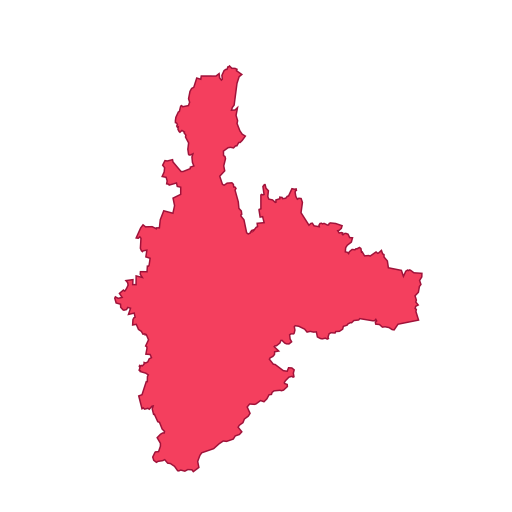 Boyle Lea-6, Roscommon, Ireland, rotated 74°
{"feature_id": "5873133B69148251137192", "entity_name": "Boyle Lea-6", "entity_type": "district", "adm_level": 2, "iso_a3": "IRL", "parent_name": "Ireland", "parent_adm1": "Roscommon", "projection": "orthographic", "projection_center": [-8.266, 53.929], "detail": "fine", "context": "isolated", "style": "filled", "palette": "rose", "viewbox_px": 512, "rotation_deg": 74, "n_neighbors": 0, "source": "geoboundaries", "source_scale": "gbopen_adm2", "svg_char_len": 6137}
<svg xmlns="http://www.w3.org/2000/svg" viewBox="0 0 512 512"><g transform="rotate(74 256 256)"><path d="M311.3,114.1L311.9,116.2L316.2,119.9L309.9,120.2L303.8,132.0L297.0,131.1L292.3,133.2L289.9,132.6L288.8,133.7L285.2,133.9L286.9,137.3L287.0,138.3L285.2,139.5L287.5,146.2L286.6,147.6L285.8,151.6L281.3,152.8L281.4,153.5L277.7,153.1L276.3,154.2L276.9,156.9L276.6,158.0L277.3,159.2L276.2,161.8L277.7,165.2L279.2,166.3L277.8,167.0L276.6,169.0L272.7,167.5L270.8,165.3L268.9,160.5L265.1,158.2L264.1,160.9L260.4,161.5L259.0,163.4L258.8,164.8L259.6,166.6L258.7,167.1L257.7,166.4L257.0,167.4L256.8,169.7L254.2,170.5L254.2,169.0L253.0,166.4L250.6,164.9L246.7,170.5L244.7,175.4L244.9,176.7L246.1,177.6L246.0,178.7L243.4,181.6L243.5,183.2L242.5,184.1L242.4,185.5L243.8,187.0L245.3,187.1L243.0,191.9L240.0,192.8L239.8,194.2L241.0,196.6L226.8,200.8L217.3,196.6L213.2,196.8L212.3,198.9L212.8,200.6L209.6,201.3L205.4,200.8L204.1,200.0L204.1,199.1L202.6,198.9L202.4,200.6L201.2,202.9L207.3,208.2L207.2,209.4L208.7,211.6L208.2,214.6L206.9,214.8L206.0,216.9L207.5,217.3L207.6,221.4L209.8,222.0L209.8,222.7L206.6,224.7L204.9,228.0L202.1,228.3L196.7,226.1L193.6,227.7L189.9,227.6L189.7,228.3L191.1,230.2L199.1,231.3L199.1,232.7L198.3,233.6L198.7,234.5L212.0,238.3L212.1,240.2L212.5,240.4L219.7,241.3L220.0,238.8L226.2,239.0L224.9,245.9L228.2,246.4L228.5,248.0L230.9,251.2L230.2,251.2L230.3,253.3L231.6,253.3L231.3,254.6L232.3,255.2L232.7,257.4L231.1,258.6L217.9,257.6L213.6,259.4L212.3,259.1L212.0,258.2L208.7,257.7L205.5,259.3L199.1,258.1L186.9,258.0L185.5,256.6L183.8,257.3L183.5,258.4L180.9,258.0L179.0,259.0L178.0,263.7L179.2,267.2L177.8,268.5L169.3,268.9L165.5,262.6L160.5,262.2L154.1,258.5L151.8,258.4L150.5,259.5L146.2,258.4L144.2,253.0L144.5,250.5L145.9,247.8L144.5,245.4L144.8,244.0L142.5,241.7L142.1,241.1L142.5,240.0L141.1,237.4L137.8,233.2L135.1,235.7L131.2,237.0L123.4,237.7L120.9,236.4L115.3,236.4L108.3,232.9L109.9,236.0L109.1,239.4L106.7,237.8L104.9,235.4L84.8,226.7L79.0,222.8L77.6,219.6L72.5,223.7L71.3,222.8L69.9,224.4L68.9,227.5L66.0,229.1L66.7,230.2L66.4,230.8L68.6,232.5L68.3,233.7L69.0,235.6L73.0,239.0L76.7,239.6L77.4,240.8L74.7,241.9L70.5,241.2L72.0,244.9L67.9,259.0L70.9,260.4L68.6,263.9L76.7,269.3L77.2,271.7L79.6,274.1L86.3,277.5L89.9,277.4L92.8,279.5L92.3,285.3L90.9,286.1L91.2,287.1L95.9,289.8L96.2,291.0L100.6,294.8L103.7,296.2L105.6,296.7L106.2,295.7L108.1,295.3L109.2,296.4L110.5,296.1L110.4,295.1L112.7,296.1L115.2,295.6L116.1,295.0L114.9,292.6L117.1,290.6L117.8,291.2L120.5,290.1L122.2,291.0L128.7,289.6L134.6,292.1L139.6,292.8L140.5,292.4L140.8,291.3L140.4,288.5L143.2,290.3L148.5,291.3L152.3,290.9L152.5,294.6L153.9,295.1L154.7,302.9L154.1,304.8L142.7,309.9L140.4,309.7L140.2,315.2L139.2,317.2L143.0,320.7L145.9,319.5L149.9,321.1L153.7,324.3L155.6,320.7L159.3,320.7L162.0,322.0L163.0,320.1L163.9,319.9L163.9,312.3L167.4,312.5L169.1,309.4L176.0,311.4L177.5,319.8L185.2,320.4L192.0,324.1L187.1,332.2L194.7,338.0L202.3,341.1L201.5,344.0L202.3,344.4L199.2,347.7L197.5,354.2L194.9,356.0L197.2,359.1L205.6,366.2L206.5,364.3L205.5,362.4L207.3,361.7L216.7,365.0L219.4,364.7L220.5,363.9L219.9,363.1L220.3,359.3L226.5,362.1L229.0,358.4L235.2,361.2L236.2,362.2L235.8,363.2L241.1,365.1L239.2,371.4L241.7,372.3L245.3,371.2L242.1,376.7L250.5,379.2L249.5,382.4L244.8,380.8L243.8,387.8L246.3,386.7L248.8,387.0L251.1,389.0L253.3,391.3L253.5,392.0L252.2,392.8L254.3,397.6L258.9,396.1L258.7,400.2L256.5,402.4L257.6,403.4L262.6,403.4L265.0,399.5L268.0,400.2L271.1,398.7L271.7,397.9L271.8,395.3L270.1,393.4L271.6,391.0L277.0,394.7L277.3,388.8L281.5,389.1L281.8,390.5L283.2,391.8L288.3,393.6L288.7,389.9L294.2,389.2L296.8,387.0L300.0,386.2L300.2,384.3L301.3,384.3L301.3,383.1L306.9,382.4L312.1,386.9L313.1,386.0L314.6,386.2L320.0,388.9L321.5,384.9L324.9,384.5L325.4,387.0L328.0,389.2L328.4,391.6L327.5,392.9L329.1,393.4L330.3,395.6L329.6,396.4L330.2,397.5L329.2,397.9L329.8,398.6L331.4,398.3L333.5,399.8L334.4,398.7L335.1,399.2L338.2,394.3L340.6,392.3L342.0,393.6L346.8,395.1L346.5,396.1L357.9,403.8L358.2,407.3L371.4,407.7L370.9,406.3L372.5,405.3L372.6,401.9L373.9,400.8L371.7,397.4L371.8,396.2L374.4,397.9L380.0,398.1L380.1,397.3L388.2,396.1L389.3,394.6L396.5,393.9L399.4,392.3L400.8,393.0L400.4,394.5L401.0,396.9L403.4,401.1L409.7,399.5L412.5,400.3L417.2,403.6L416.6,406.7L417.0,407.3L420.8,410.7L424.2,410.6L426.9,408.6L426.4,406.8L427.0,402.0L426.6,399.9L430.8,398.0L431.9,395.5L435.7,392.3L440.8,390.5L441.3,389.4L441.0,387.4L443.2,383.7L442.5,380.4L443.8,376.6L446.0,375.7L443.5,369.2L437.4,368.7L432.2,364.9L430.2,362.4L429.5,349.8L426.3,343.2L424.8,338.5L426.1,335.4L425.7,328.3L423.2,325.5L423.0,321.2L421.1,318.1L415.6,320.4L414.0,318.5L412.6,314.5L409.5,312.1L407.8,307.5L405.6,305.1L398.7,306.1L396.5,302.9L398.2,298.3L398.2,296.8L396.2,291.5L398.3,288.5L396.3,284.9L393.0,281.7L393.3,279.3L391.5,278.1L390.6,275.8L391.7,269.9L392.5,268.7L392.5,266.5L390.1,261.8L388.1,261.4L386.4,263.7L385.3,263.6L383.9,261.9L381.5,257.7L381.6,254.4L382.7,253.8L382.5,252.8L378.9,252.4L376.0,250.7L373.5,252.4L372.4,255.5L375.4,257.8L373.7,261.4L365.6,267.5L364.8,269.2L358.9,271.6L357.8,270.5L357.2,267.5L355.8,265.4L353.2,264.5L353.6,260.4L348.2,263.5L347.6,262.5L347.9,261.0L346.2,257.0L344.0,255.3L344.3,254.2L347.6,252.4L348.9,250.8L349.6,248.5L348.3,245.4L345.2,246.1L341.0,245.4L340.5,243.9L341.2,241.3L340.6,240.5L337.9,239.0L334.6,238.7L333.8,237.5L335.3,234.3L339.7,229.4L343.2,227.9L343.4,224.6L345.0,221.7L345.6,218.9L350.7,219.3L353.1,216.8L353.9,215.2L354.1,212.0L355.5,210.4L355.3,209.1L353.9,209.2L350.9,207.2L350.4,205.1L351.8,201.2L350.6,200.2L351.4,196.6L350.2,192.9L347.7,191.4L347.6,187.5L346.6,186.3L346.1,183.6L346.5,182.5L345.0,179.7L345.8,174.9L344.8,173.5L350.6,161.3L350.8,159.7L349.9,158.3L351.7,157.9L352.5,159.5L354.5,159.7L355.9,156.2L359.2,154.1L359.6,151.4L361.5,147.8L364.2,145.5L365.1,143.6L360.7,138.3L362.4,117.4L353.5,117.6L351.5,116.6L350.4,117.5L348.4,116.4L347.8,113.6L344.3,115.1L342.6,114.0L338.1,114.1L335.6,109.9L330.3,107.3L328.8,105.3L324.6,105.5L321.8,102.4L318.4,101.3L315.7,108.8L312.3,111.4L311.7,112.2L312.0,113.5L311.3,114.1Z" fill="#f43f5e" stroke="#9f1239" stroke-width="1.5"/></g></svg>